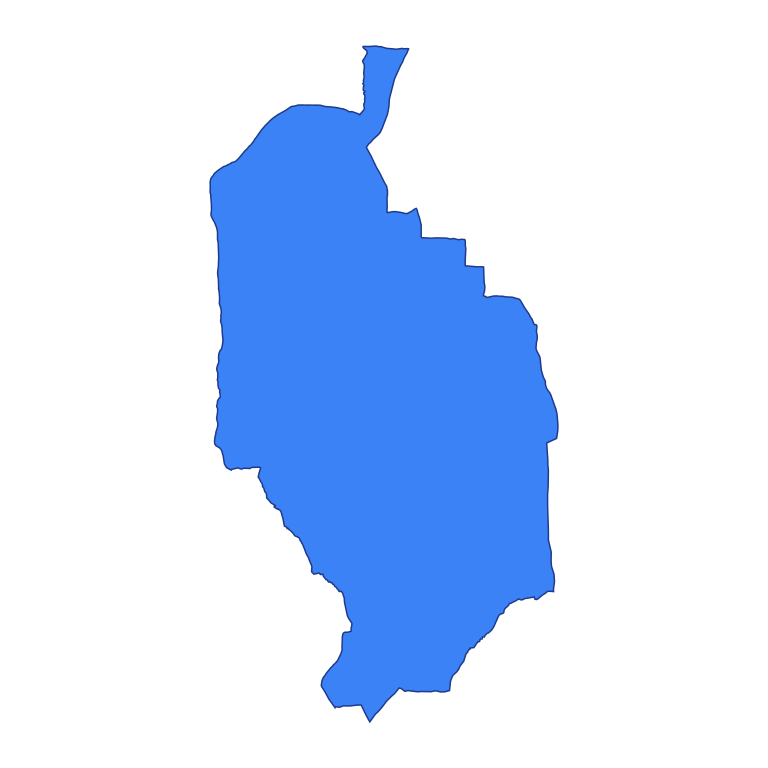 Meru, Arusha, United Republic of Tanzania (Robinson projection)
{"feature_id": "72390352B99598192663387", "entity_name": "Meru", "entity_type": "district", "adm_level": 2, "iso_a3": "TZA", "parent_name": "United Republic of Tanzania", "parent_adm1": "Arusha", "projection": "robinson", "projection_center": [36.903, -3.323], "detail": "fine", "context": "isolated", "style": "filled", "palette": "blue", "viewbox_px": 768, "rotation_deg": 0, "n_neighbors": 0, "source": "geoboundaries", "source_scale": "gbopen_adm2", "svg_char_len": 6085}
<svg xmlns="http://www.w3.org/2000/svg" viewBox="0 0 768 768"><path d="M335.0,707.6L335.2,706.8L339.9,707.2L343.1,705.9L350.3,705.9L356.9,705.1L361.2,705.0L366.3,715.6L369.8,721.9L375.5,714.0L377.9,711.9L382.1,707.1L386.5,701.2L391.7,696.1L394.6,693.5L399.2,688.0L401.4,688.6L404.8,691.3L408.4,690.5L408.6,690.7L417.9,691.8L420.8,691.5L431.1,691.7L434.8,690.9L437.3,691.1L440.7,692.0L444.9,691.8L449.5,690.6L450.5,681.3L452.0,677.2L453.1,675.1L457.0,671.6L458.0,669.9L458.4,669.8L460.2,665.7L463.7,661.3L466.0,654.0L467.7,652.1L468.1,650.8L469.1,649.5L470.1,649.0L469.8,648.6L470.3,648.0L473.9,647.6L477.2,642.6L477.9,642.1L478.1,641.7L479.2,641.6L479.9,640.9L479.9,639.9L480.5,639.0L482.1,639.0L482.4,637.0L484.4,637.0L484.9,635.7L487.0,633.4L488.2,633.1L491.4,630.3L493.8,626.7L498.5,616.1L499.3,614.9L501.2,613.8L502.2,613.7L503.3,613.1L503.8,612.5L503.9,611.1L504.8,608.7L508.0,605.9L508.8,604.9L509.4,603.5L510.8,603.3L516.9,600.1L518.5,598.9L521.0,599.9L523.0,599.6L523.6,599.0L525.5,598.5L534.2,597.0L535.0,599.3L536.7,599.5L538.0,598.8L542.8,594.8L545.3,593.3L547.1,591.7L548.8,591.2L553.6,591.6L553.5,588.8L554.5,581.7L554.0,574.3L551.5,566.3L551.1,561.1L551.2,552.0L548.4,540.0L548.4,530.6L547.6,506.5L547.6,493.9L548.1,487.5L548.4,470.9L547.9,465.0L547.8,459.9L546.7,443.0L556.6,438.4L557.7,431.1L557.9,427.6L557.8,423.1L557.0,414.1L556.1,409.8L550.7,394.6L549.6,392.6L547.4,389.8L546.4,387.9L545.4,384.2L545.3,381.1L543.2,376.8L541.3,370.0L540.2,358.9L539.7,356.5L536.8,351.0L536.0,348.4L536.4,342.7L537.1,339.5L537.3,336.1L536.4,331.7L536.9,326.5L536.7,325.3L535.9,324.7L534.1,324.4L532.0,319.1L530.4,316.9L528.9,313.9L524.5,307.6L520.7,300.9L519.5,299.3L512.3,297.2L506.0,296.9L502.4,296.2L500.4,296.3L496.5,295.9L493.2,296.1L487.1,297.5L485.8,296.5L483.6,295.9L483.4,294.7L484.5,291.5L484.9,286.7L484.1,281.8L483.6,267.0L483.1,266.8L477.1,266.8L465.3,265.8L465.2,260.9L465.8,248.9L465.3,245.0L465.3,241.3L465.0,240.0L464.6,239.5L461.8,239.3L458.1,239.7L453.7,238.5L450.4,239.0L446.6,238.1L436.0,237.9L431.1,238.2L421.6,237.7L421.2,236.8L421.2,225.1L419.5,217.9L417.9,213.3L416.9,209.4L416.2,208.4L414.6,209.1L411.6,211.3L407.0,213.6L405.5,213.5L399.1,212.1L394.9,211.6L392.5,211.7L387.8,212.6L387.2,212.5L387.0,211.0L387.2,206.6L387.0,197.7L387.4,195.8L387.5,191.4L386.7,186.4L384.8,183.2L379.8,173.2L376.1,166.7L371.2,156.3L366.5,147.7L366.6,147.0L368.7,143.9L370.4,142.5L373.6,138.9L378.4,134.6L379.8,132.9L380.4,132.1L382.1,128.4L387.5,114.2L388.9,106.8L389.4,98.8L394.5,78.9L400.5,65.7L402.7,61.7L404.2,57.7L406.8,53.2L408.6,48.8L408.1,48.6L403.6,48.8L402.3,48.4L396.6,49.2L386.4,48.3L380.7,46.6L378.6,46.7L377.3,46.2L375.5,46.1L368.7,46.5L363.4,46.4L363.0,46.7L363.1,47.4L363.9,48.4L366.7,50.6L367.0,51.3L367.0,53.6L364.3,58.4L362.7,60.6L363.0,62.4L364.1,64.4L364.4,66.1L363.7,73.2L364.2,77.0L363.3,80.9L363.7,82.0L363.5,82.9L362.8,83.6L364.0,85.6L363.5,86.5L363.2,89.8L363.5,90.5L365.0,91.3L364.9,91.9L363.9,92.6L363.7,93.2L363.7,93.9L364.3,94.5L365.0,95.8L364.6,99.6L364.8,101.6L363.8,104.2L363.9,106.0L364.4,108.2L364.2,109.1L363.7,110.1L360.5,113.7L359.8,114.9L359.1,114.1L353.2,112.0L352.1,111.7L349.0,111.7L346.5,110.2L343.0,108.8L340.9,108.6L338.0,107.8L331.6,107.0L325.1,106.5L320.1,105.2L298.3,105.0L294.5,106.1L292.1,106.4L290.9,106.8L285.6,110.4L277.7,114.8L272.9,118.2L270.6,120.2L265.3,125.5L261.5,129.9L256.1,137.6L254.8,139.1L253.9,140.9L250.5,145.3L249.1,146.3L246.9,149.1L245.4,150.3L238.5,158.6L235.3,161.6L231.4,162.7L230.4,163.7L227.7,164.8L225.4,166.2L224.2,166.3L223.0,167.0L218.6,169.9L214.9,173.0L214.1,173.9L213.3,175.5L212.3,176.5L210.9,178.6L210.4,180.3L210.1,183.2L210.3,186.2L210.1,191.1L210.2,193.0L210.6,193.8L211.4,204.3L211.5,210.0L211.0,213.7L211.1,215.7L213.4,220.6L214.2,221.5L216.5,227.3L217.3,230.6L217.5,232.4L217.5,239.4L218.2,243.2L218.7,257.8L218.3,267.2L217.6,272.1L217.7,274.7L218.3,278.4L218.6,286.3L218.5,288.4L219.2,292.4L219.6,298.4L219.3,303.7L220.9,308.2L221.3,311.6L221.2,313.9L220.8,315.5L221.0,317.8L220.6,321.3L221.6,324.7L222.1,327.9L222.2,332.2L223.0,340.3L222.4,345.1L221.7,348.0L221.2,349.4L220.0,350.6L218.8,353.9L218.5,357.4L218.8,361.2L218.6,362.8L217.5,365.3L216.8,368.3L216.8,370.0L217.6,372.2L217.8,373.9L217.7,378.2L217.3,379.9L217.9,381.4L218.0,385.3L218.5,388.1L218.9,388.8L219.9,389.7L219.6,392.1L220.2,394.8L220.2,397.3L219.2,398.1L217.8,400.3L217.4,401.4L217.4,403.4L216.6,405.8L216.9,407.2L217.6,408.6L217.6,411.7L216.6,418.5L217.9,423.7L217.5,427.2L216.0,431.9L215.6,434.9L215.1,436.2L214.5,441.0L214.7,443.7L215.9,445.7L220.1,448.2L221.7,450.6L223.2,456.1L224.4,463.8L225.9,466.6L227.0,467.9L228.6,468.8L231.3,470.1L231.6,469.5L232.4,469.2L237.9,467.9L240.9,469.0L242.0,469.0L243.7,468.2L250.0,468.5L251.4,467.5L252.5,467.4L258.8,467.2L259.9,467.4L260.5,467.8L260.4,468.7L259.1,472.9L258.2,477.0L258.4,477.0L260.8,481.7L262.0,483.5L262.5,485.1L262.5,486.5L263.8,488.1L264.8,491.7L266.4,493.4L266.8,498.2L268.4,499.7L271.0,502.9L275.4,505.6L275.2,506.3L274.2,506.5L274.3,507.1L276.7,508.8L277.9,508.8L277.8,509.1L279.9,510.1L281.0,511.7L283.0,518.8L284.4,526.1L286.9,527.4L287.1,528.6L288.1,528.3L288.9,529.5L290.3,530.4L293.4,533.6L294.7,535.7L298.9,537.6L299.6,538.7L300.0,540.2L301.5,542.2L301.8,543.2L302.8,544.7L306.6,554.5L308.6,557.8L309.4,560.4L311.6,565.6L311.9,566.7L311.7,570.1L311.6,569.9L311.7,571.9L314.0,574.2L319.2,573.0L319.9,573.5L320.1,574.3L320.8,574.6L321.8,574.2L323.1,574.2L323.1,575.8L326.0,579.6L327.2,579.9L328.1,581.5L328.9,582.1L329.5,581.9L329.7,581.6L331.0,582.8L331.4,582.6L332.0,582.8L332.8,584.2L333.8,584.5L334.8,586.4L335.9,586.9L337.5,589.2L338.3,589.8L338.8,591.0L339.3,591.5L340.2,591.5L340.6,591.2L341.5,591.6L342.9,593.6L343.3,595.5L344.2,597.7L344.5,602.3L347.1,614.5L347.7,616.5L348.8,618.6L351.9,623.3L351.7,626.2L351.2,627.4L351.0,631.3L347.9,632.2L344.5,632.3L343.1,633.4L342.4,636.2L342.0,647.3L342.1,650.2L340.9,653.7L337.6,660.5L334.8,663.7L333.5,664.7L332.4,666.3L330.9,667.6L326.3,673.3L325.4,674.8L323.2,677.7L321.9,681.0L321.3,685.4L321.5,686.3L325.0,691.9L328.9,699.1L335.0,707.6Z" fill="#3b82f6" stroke="#1e3a8a" stroke-width="1.5"/></svg>